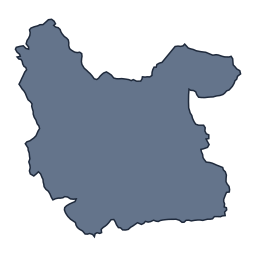 Itu, São Paulo, Brazil
{"feature_id": "56859067B86457761831209", "entity_name": "Itu", "entity_type": "district", "adm_level": 2, "iso_a3": "BRA", "parent_name": "Brazil", "parent_adm1": "São Paulo", "projection": "albers", "projection_center": [-47.284, -23.298], "detail": "fine", "context": "isolated", "style": "filled", "palette": "slate", "viewbox_px": 256, "rotation_deg": 0, "n_neighbors": 0, "source": "geoboundaries", "source_scale": "gbopen_adm2", "svg_char_len": 3823}
<svg xmlns="http://www.w3.org/2000/svg" viewBox="0 0 256 256"><path d="M229.3,192.0L229.6,189.5L229.0,186.4L227.0,183.8L226.0,181.6L226.1,178.3L226.4,175.1L225.3,171.8L223.3,169.8L222.7,167.5L218.7,165.9L216.6,165.1L214.2,164.0L212.3,163.2L209.8,162.5L206.2,162.1L204.1,159.4L203.0,157.6L202.6,154.4L201.5,152.0L200.9,149.4L203.5,148.8L207.5,147.4L209.1,144.6L207.5,141.7L206.1,139.0L208.8,138.6L208.8,134.9L206.3,133.8L204.9,131.0L205.2,127.7L203.6,125.2L198.6,125.2L195.7,124.2L194.0,121.6L192.5,118.3L191.8,115.5L190.1,112.8L189.5,110.5L188.7,108.0L188.5,101.6L188.6,94.7L189.0,89.2L190.7,90.3L193.5,90.5L195.7,91.8L196.8,94.7L198.6,97.2L201.1,97.5L204.7,97.6L208.1,97.2L210.7,97.0L213.1,96.9L216.7,95.9L219.9,95.5L222.9,94.5L224.7,93.1L226.6,90.9L229.2,89.9L231.0,87.9L232.4,86.3L234.0,83.5L235.0,80.7L236.7,79.2L237.5,76.3L240.6,73.9L239.8,70.7L236.7,68.9L235.3,67.1L233.2,64.9L232.9,61.8L232.7,58.8L231.1,56.3L229.1,57.0L224.7,56.9L222.2,56.3L218.3,55.0L216.1,54.7L212.8,55.2L209.9,54.0L205.8,52.3L201.1,51.7L196.3,50.8L193.3,49.5L190.5,48.8L188.2,48.0L186.6,46.2L184.7,44.1L183.0,45.9L180.7,46.4L178.0,46.1L175.1,46.5L162.0,62.4L159.4,63.1L156.9,64.5L156.2,67.2L154.1,67.1L152.8,69.6L152.1,72.2L151.9,75.5L149.8,76.9L147.2,76.8L145.0,77.1L142.4,76.8L142.0,79.0L140.7,81.1L136.6,81.2L133.3,79.6L131.2,80.6L128.8,79.6L125.7,79.1L121.8,78.6L118.5,78.8L116.3,78.7L113.7,78.0L111.4,75.1L108.8,73.3L106.4,71.9L103.6,73.0L101.9,74.4L100.1,76.2L98.6,78.2L96.8,79.5L94.2,78.8L92.1,75.9L90.1,73.6L88.4,72.1L86.9,70.6L84.1,68.1L81.9,64.4L81.4,61.7L81.6,58.7L82.0,56.3L81.7,53.6L79.7,52.2L77.3,52.6L74.6,52.1L71.4,50.2L69.6,48.6L68.7,45.6L68.8,42.7L68.3,40.0L66.7,38.2L64.2,36.4L62.0,33.7L60.9,31.8L60.1,29.5L58.2,27.7L55.5,27.0L53.7,25.4L55.5,23.8L54.1,21.2L51.6,19.3L48.4,19.7L46.1,21.8L43.0,24.6L40.0,24.7L37.8,25.8L34.1,26.8L30.9,28.1L29.5,29.8L30.2,32.7L29.8,35.6L28.5,38.4L27.1,40.4L26.1,43.9L28.6,47.0L28.6,49.2L25.9,48.4L23.3,45.8L19.8,46.4L16.3,47.3L15.4,49.2L17.1,52.2L19.6,54.3L20.3,56.3L17.1,57.0L18.8,59.0L21.0,59.4L22.2,61.4L22.7,63.9L24.0,66.4L25.8,67.5L26.6,69.8L24.8,72.0L23.7,74.4L22.7,76.6L21.7,78.6L20.6,81.1L19.0,84.2L20.2,85.9L22.0,88.8L24.1,91.2L25.4,93.4L26.8,97.0L28.1,99.8L30.4,101.7L32.0,103.9L31.7,106.2L32.4,108.9L33.2,111.5L33.2,114.1L34.2,117.2L36.0,120.2L37.2,123.8L38.9,126.0L39.6,128.6L38.2,130.8L36.0,135.8L33.7,138.1L31.7,139.5L29.9,140.8L26.9,141.8L25.3,143.7L28.0,147.9L28.2,150.3L29.2,153.0L29.5,156.2L29.9,158.8L28.8,161.9L29.9,165.3L30.2,167.9L29.4,170.9L30.3,173.9L33.8,176.0L36.4,173.8L38.4,171.8L40.6,173.9L42.0,177.4L43.0,179.4L43.2,182.1L43.8,184.3L44.1,186.7L45.9,189.3L48.4,191.3L50.0,194.0L51.4,197.4L52.9,199.9L55.5,198.7L58.3,198.1L60.5,198.1L63.0,197.7L64.7,196.6L67.6,197.0L70.5,198.9L73.4,199.2L76.2,198.9L75.0,201.6L72.1,202.8L69.3,204.1L66.5,205.8L64.7,207.6L64.4,209.9L65.4,212.6L66.5,214.5L67.9,216.5L70.5,219.2L73.2,221.0L75.4,222.5L76.1,225.3L77.4,227.5L79.4,229.2L82.6,231.0L85.1,234.0L87.5,234.1L89.7,233.5L92.6,234.4L94.4,236.7L95.1,233.8L97.0,232.7L99.7,233.4L101.6,232.6L101.2,229.4L103.1,227.5L105.2,226.1L106.8,224.8L108.6,222.9L111.1,219.7L113.8,219.5L115.2,221.7L116.5,224.8L118.4,227.6L120.5,227.8L122.6,229.9L125.6,230.0L128.3,229.4L130.7,227.2L132.8,226.0L137.5,222.7L141.4,224.4L143.8,223.3L145.4,221.4L148.1,222.1L150.6,221.6L153.6,220.2L156.1,221.2L158.3,221.5L160.3,220.5L162.7,220.0L165.1,219.7L168.2,219.4L171.4,219.3L173.7,219.3L176.0,219.2L179.5,220.3L182.0,222.3L184.1,222.2L186.1,220.3L188.9,220.2L191.3,220.9L194.7,220.3L197.7,220.0L200.0,220.0L202.8,220.4L205.4,219.7L207.6,219.2L210.3,219.2L212.5,218.8L214.4,216.6L217.6,216.6L220.5,216.7L222.4,215.9L225.2,215.6L224.6,212.1L226.7,209.9L226.4,207.7L224.2,206.9L224.6,203.9L223.7,201.6L223.7,199.4L225.4,194.9L226.5,192.4L229.3,192.0Z" fill="#64748b" stroke="#1e293b" stroke-width="1.5"/></svg>